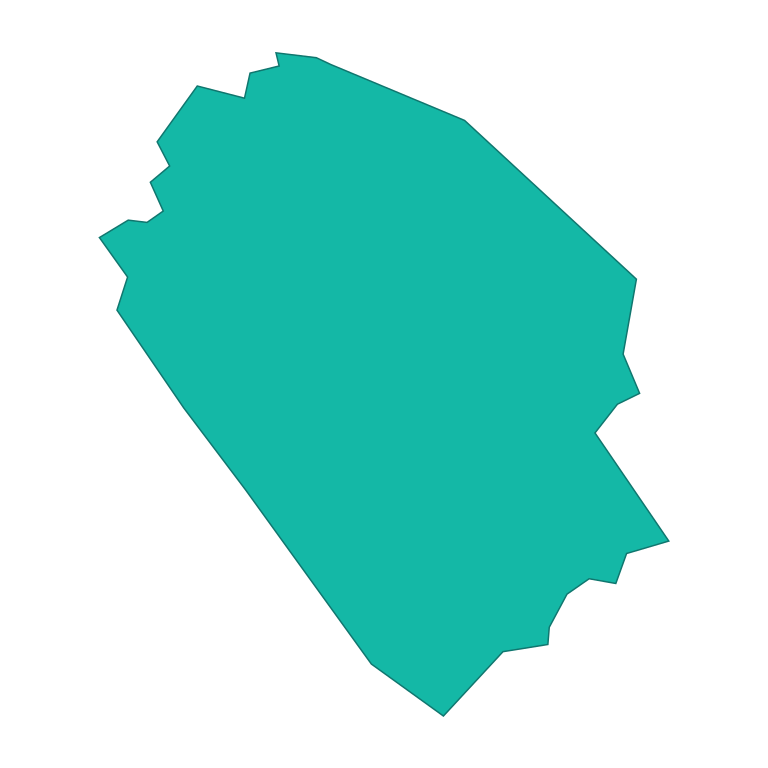 outline of Braxton, West Virginia, United States of America, rotated 269°
{"feature_id": "52423323B93118909799031", "entity_name": "Braxton", "entity_type": "district", "adm_level": 2, "iso_a3": "USA", "parent_name": "United States of America", "parent_adm1": "West Virginia", "projection": "natural_earth1", "projection_center": [-80.697, 38.706], "detail": "fine", "context": "isolated", "style": "filled", "palette": "teal", "viewbox_px": 768, "rotation_deg": 269, "n_neighbors": 0, "source": "geoboundaries", "source_scale": "gbopen_adm2", "svg_char_len": 590}
<svg xmlns="http://www.w3.org/2000/svg" viewBox="0 0 768 768"><g transform="rotate(269 384 384)"><path d="M484.4,638.2L646.1,469.2L704.4,336.3L711.4,322.1L717.0,281.8L703.8,284.7L697.2,255.5L672.2,249.5L685.2,202.5L630.1,161.4L605.7,173.5L589.8,153.9L560.8,166.3L549.7,149.9L552.3,131.1L535.4,102.0L495.4,129.5L462.5,118.3L363.5,183.4L280.5,243.8L104.2,366.5L51.0,437.6L114.3,498.3L120.7,543.3L137.9,545.0L170.7,563.3L185.7,585.7L180.5,612.3L210.3,623.6L222.0,666.0L331.4,594.1L359.7,617.0L370.2,639.4L409.7,623.6L484.4,638.2Z" fill="#14b8a6" stroke="#0f766e" stroke-width="1.5"/></g></svg>